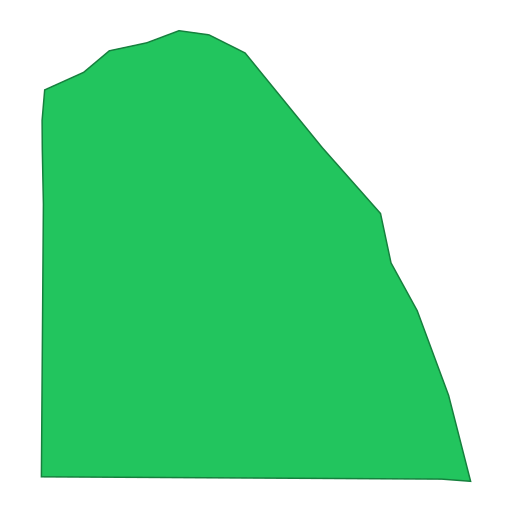 Marshall, Kentucky, United States of America
{"feature_id": "52423323B97472701360775", "entity_name": "Marshall", "entity_type": "district", "adm_level": 2, "iso_a3": "USA", "parent_name": "United States of America", "parent_adm1": "Kentucky", "projection": "natural_earth1", "projection_center": [-88.333, 36.906], "detail": "fine", "context": "isolated", "style": "filled", "palette": "green", "viewbox_px": 512, "rotation_deg": 0, "n_neighbors": 0, "source": "geoboundaries", "source_scale": "gbopen_adm2", "svg_char_len": 346}
<svg xmlns="http://www.w3.org/2000/svg" viewBox="0 0 512 512"><path d="M43.4,204.2L41.4,476.8L441.6,479.1L470.6,481.3L448.6,395.4L417.2,310.7L391.0,262.9L380.5,213.5L322.2,147.6L245.1,53.0L209.0,34.9L179.0,30.7L146.8,42.8L109.3,50.8L83.7,72.3L44.7,89.9L42.1,120.3L42.3,148.8L43.4,204.2Z" fill="#22c55e" stroke="#15803d" stroke-width="1.5"/></svg>